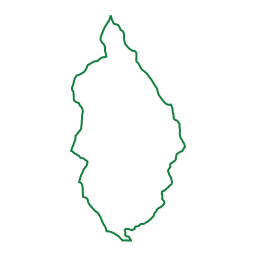 Shermung, Mongar, Bhutan
{"feature_id": "84629894B23969892621665", "entity_name": "Shermung", "entity_type": "district", "adm_level": 2, "iso_a3": "BTN", "parent_name": "Bhutan", "parent_adm1": "Mongar", "projection": "natural_earth1", "projection_center": [91.364, 27.466], "detail": "fine", "context": "isolated", "style": "outline", "palette": "green", "viewbox_px": 256, "rotation_deg": 0, "n_neighbors": 0, "source": "geoboundaries", "source_scale": "gbopen_adm2", "svg_char_len": 5135}
<svg xmlns="http://www.w3.org/2000/svg" viewBox="0 0 256 256"><path d="M163.4,191.2L163.5,191.0L164.5,190.5L165.9,189.2L166.3,188.9L167.9,187.7L169.7,185.5L171.2,184.5L171.7,183.8L171.9,182.1L171.8,181.0L171.3,178.9L171.1,177.7L170.6,176.8L169.5,175.3L169.1,174.3L168.4,172.3L168.1,171.3L168.1,170.4L168.4,169.8L168.8,169.0L169.2,168.5L169.6,167.9L170.2,167.2L170.3,166.8L170.3,166.3L170.2,165.3L170.1,164.7L170.2,164.1L171.5,162.9L173.0,162.1L174.0,161.4L175.2,160.3L175.6,159.7L175.9,158.8L175.9,157.9L176.2,156.7L176.4,155.2L176.6,154.4L177.3,153.8L178.6,152.9L179.9,152.0L180.9,151.5L182.1,151.1L182.5,150.7L183.4,148.9L184.2,147.8L184.9,147.0L184.9,146.7L184.7,145.9L184.5,144.9L184.2,143.9L183.8,143.1L183.0,142.0L182.2,140.5L181.6,139.3L180.9,138.3L180.5,137.9L180.4,137.3L180.4,136.9L180.3,136.3L180.1,135.6L179.9,134.8L179.7,133.5L179.8,132.6L179.8,131.7L179.9,131.0L180.0,129.8L179.8,129.2L179.7,128.3L179.6,127.9L179.5,126.3L179.5,124.7L179.4,123.8L179.3,123.5L178.4,122.4L177.8,121.4L176.7,120.4L175.7,120.2L174.8,119.7L173.9,118.9L173.7,118.2L173.5,116.7L173.6,115.0L173.1,113.3L172.8,112.2L172.5,110.6L172.6,108.5L172.2,107.6L171.6,106.3L170.8,104.5L169.1,104.9L167.5,104.5L165.8,103.7L164.6,102.5L163.8,101.5L162.1,99.5L158.8,95.0L157.5,91.4L157.2,88.8L155.0,85.7L151.7,80.1L149.2,76.7L147.9,74.9L146.2,73.0L144.1,71.2L141.7,69.5L140.4,67.2L139.5,65.1L138.1,63.0L136.4,61.4L136.3,60.3L136.4,57.2L136.4,54.2L136.2,52.4L134.7,51.1L132.5,50.8L129.3,48.7L127.5,46.7L125.2,44.0L124.4,41.1L124.1,38.9L124.2,36.1L123.8,33.1L122.7,31.1L120.7,30.0L120.0,28.2L118.3,25.2L116.3,24.4L113.8,23.7L113.1,22.1L111.5,18.6L111.2,17.0L110.6,15.4L110.5,16.7L109.8,18.5L109.1,20.5L107.4,22.9L105.1,26.7L103.5,29.9L102.0,33.7L100.7,37.3L100.5,39.6L101.6,42.0L104.3,45.0L105.0,47.4L105.0,50.8L105.9,54.2L106.4,56.4L105.6,57.1L103.4,57.1L100.8,58.1L99.2,59.3L98.0,60.8L97.4,61.2L95.5,61.2L93.0,62.0L89.9,64.0L87.8,65.0L87.2,66.2L86.8,67.7L86.0,69.1L85.3,70.5L84.6,71.4L83.8,72.1L82.8,72.8L81.5,73.5L80.3,74.3L79.3,74.7L77.8,75.2L76.5,75.7L75.7,76.9L75.0,78.1L74.4,79.7L73.9,81.2L73.7,82.7L73.3,84.2L72.9,85.6L72.1,87.0L72.0,88.3L72.0,89.1L72.0,89.7L72.2,90.0L73.2,91.2L73.5,92.6L73.6,94.3L73.8,97.1L73.8,99.2L74.0,100.6L74.6,100.9L75.1,101.4L76.2,102.1L77.3,102.6L78.4,102.9L79.0,103.2L79.2,103.6L79.4,104.5L79.8,105.3L80.5,106.0L81.5,107.0L81.8,107.7L82.1,108.5L82.5,109.3L82.7,110.3L82.7,111.3L82.6,113.1L82.3,114.3L82.1,115.3L82.0,116.6L82.1,118.3L81.8,120.4L81.8,122.7L81.8,123.1L81.5,124.9L81.3,126.7L81.2,128.2L80.9,129.2L80.1,130.2L77.4,133.8L76.3,134.9L75.8,135.5L75.5,136.3L75.4,138.8L75.4,139.6L75.0,140.5L74.2,142.3L73.8,143.3L73.5,144.6L72.3,147.5L71.7,149.0L71.1,150.8L72.1,151.3L73.0,151.9L74.0,152.9L74.3,153.1L75.4,153.8L77.0,154.7L78.3,155.5L79.4,156.3L80.1,157.3L80.6,157.8L81.3,158.0L82.3,158.1L83.2,158.3L84.2,159.1L85.2,159.8L86.4,160.7L87.3,161.3L87.5,162.0L87.2,164.0L86.8,165.0L85.9,166.6L84.4,168.4L83.7,169.2L83.3,170.4L82.3,173.0L81.4,174.5L80.6,176.7L80.3,177.7L79.8,179.9L79.7,180.1L79.3,181.3L79.1,182.0L80.1,182.4L81.2,183.2L81.7,183.8L82.1,184.6L82.3,185.5L82.6,187.9L82.8,190.1L82.8,192.0L82.9,193.7L83.0,195.1L83.0,196.7L83.2,196.8L85.3,197.6L86.7,198.2L87.7,199.4L87.9,201.5L89.2,204.2L94.5,210.4L98.1,213.1L98.8,214.4L99.9,216.1L101.0,218.3L102.8,222.8L106.0,228.5L106.1,229.2L106.3,230.6L106.5,231.0L107.0,231.3L108.7,231.4L110.6,231.8L114.7,233.7L118.8,236.4L120.9,238.8L122.2,240.0L122.4,240.5L124.7,240.4L126.7,240.3L128.4,240.5L129.2,240.6L130.9,240.5L130.8,240.1L130.6,239.4L130.3,239.1L129.8,238.7L129.4,238.0L129.1,237.1L128.8,236.7L128.2,236.6L127.3,236.4L126.6,236.3L126.1,235.9L125.6,235.5L125.2,235.1L125.3,234.7L125.3,234.0L125.4,233.3L125.4,232.6L125.3,232.3L125.1,231.6L124.9,231.0L124.8,230.4L124.9,230.1L125.1,229.6L125.6,229.1L126.2,228.8L126.6,228.9L127.1,228.9L127.8,229.0L128.5,229.0L129.4,229.4L129.7,229.5L130.1,229.6L131.0,229.8L131.7,230.0L132.1,230.1L132.3,230.1L132.6,230.0L132.9,229.8L133.5,229.4L133.9,229.2L134.2,229.1L134.6,228.9L134.8,228.0L134.9,227.6L135.2,227.0L135.5,226.7L136.0,226.5L136.7,226.4L137.5,226.4L138.0,226.3L138.4,226.2L139.4,225.4L139.7,225.1L139.9,224.7L140.5,224.2L140.9,224.0L141.3,224.0L141.8,224.0L142.1,224.0L142.8,223.9L143.3,223.9L143.6,223.9L144.4,223.6L144.8,223.4L145.1,223.2L146.1,222.3L146.4,222.1L146.7,222.0L147.4,221.8L147.8,221.6L148.3,221.2L148.8,220.8L149.0,220.5L149.4,220.0L149.7,219.8L150.5,219.5L150.7,219.1L151.2,218.7L151.5,218.3L151.7,217.9L152.3,217.3L152.9,216.8L153.6,215.9L153.7,215.6L153.9,214.8L154.1,214.0L154.4,213.5L154.8,212.9L155.1,212.5L155.3,212.3L155.8,211.9L156.0,211.6L156.1,211.4L156.4,211.1L156.5,210.8L156.7,210.2L156.9,209.6L157.5,209.0L158.1,208.6L158.8,208.0L159.5,207.7L160.3,207.4L160.6,207.1L161.4,206.5L162.0,206.0L162.2,205.8L162.5,205.6L162.9,205.3L163.2,205.0L163.7,204.0L164.0,203.6L164.3,203.4L164.2,202.5L164.1,201.6L164.1,201.4L163.9,201.2L163.6,200.8L163.4,200.6L163.2,200.3L162.2,199.1L162.2,198.4L162.3,197.4L162.3,196.6L162.3,195.8L162.3,195.3L162.2,194.8L161.9,194.3L161.8,193.8L161.8,193.3L161.9,192.8L162.0,191.7L162.5,191.2L163.4,191.2Z" fill="none" stroke="#15803d" stroke-width="2"/></svg>